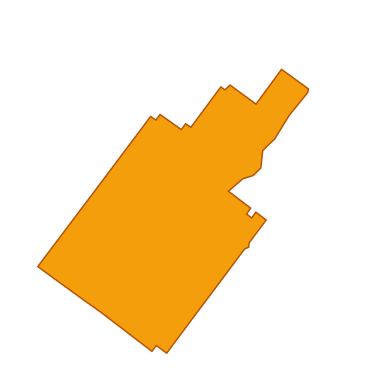 Tallapoosa, Alabama, United States of America (Equal Earth projection), rotated 217°
{"feature_id": "52423323B32872285369279", "entity_name": "Tallapoosa", "entity_type": "district", "adm_level": 2, "iso_a3": "USA", "parent_name": "United States of America", "parent_adm1": "Alabama", "projection": "equal_earth", "projection_center": [-85.836, 32.8], "detail": "fine", "context": "isolated", "style": "filled", "palette": "amber", "viewbox_px": 384, "rotation_deg": 217, "n_neighbors": 0, "source": "geoboundaries", "source_scale": "gbopen_adm2", "svg_char_len": 666}
<svg xmlns="http://www.w3.org/2000/svg" viewBox="0 0 384 384"><g transform="rotate(217 192 192)"><path d="M247.7,39.9L210.5,40.6L192.6,41.1L128.1,40.6L128.1,47.9L115.2,48.0L115.5,93.8L115.5,122.6L115.7,178.2L113.5,182.0L115.8,185.9L115.9,214.3L128.9,214.3L128.7,207.2L135.1,207.3L135.4,214.4L157.6,214.5L163.4,214.5L159.4,233.2L153.1,241.9L151.5,252.6L160.4,267.6L159.5,274.8L157.9,284.0L160.5,312.2L159.4,340.9L161.0,344.4L194.3,343.8L193.9,311.7L193.8,300.7L225.9,300.3L227.2,293.4L232.2,293.3L231.8,242.9L238.2,242.6L238.1,235.4L264.1,234.7L264.2,227.7L270.5,227.4L270.3,143.7L270.3,39.6L247.7,39.9Z" fill="#f59e0b" stroke="#b45309" stroke-width="1.5"/></g></svg>